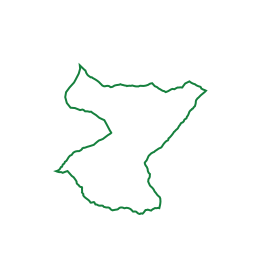 Chang, Thimphu, Bhutan (Mercator projection), rotated 134°
{"feature_id": "84629894B66092782557801", "entity_name": "Chang", "entity_type": "district", "adm_level": 2, "iso_a3": "BTN", "parent_name": "Bhutan", "parent_adm1": "Thimphu", "projection": "mercator", "projection_center": [89.678, 27.44], "detail": "fine", "context": "isolated", "style": "outline", "palette": "green", "viewbox_px": 256, "rotation_deg": 134, "n_neighbors": 0, "source": "geoboundaries", "source_scale": "gbopen_adm2", "svg_char_len": 5392}
<svg xmlns="http://www.w3.org/2000/svg" viewBox="0 0 256 256"><g transform="rotate(134 128 128)"><path d="M163.9,49.8L163.2,50.2L161.1,51.5L160.2,52.1L158.3,53.6L156.3,55.8L156.2,56.1L155.7,57.1L155.8,58.9L155.8,60.5L155.3,63.2L155.2,64.7L154.4,66.8L154.1,69.0L154.2,71.7L154.0,72.6L153.0,75.1L152.9,75.3L152.7,75.8L152.5,76.3L151.9,76.7L151.3,77.2L150.6,77.7L149.7,77.9L148.8,78.0L147.8,78.6L146.7,79.6L145.9,80.2L145.9,82.0L145.1,83.9L143.8,85.5L143.0,87.4L142.7,89.3L142.1,90.8L141.7,91.4L141.2,91.9L140.1,92.0L138.3,92.1L136.3,92.8L134.8,93.4L133.5,93.8L131.7,93.7L130.3,93.7L128.2,93.1L127.2,92.6L125.6,92.5L123.9,92.1L121.4,91.6L119.3,90.7L118.7,90.6L117.7,90.7L115.8,91.1L114.5,91.3L113.1,91.4L111.7,91.4L110.6,91.3L109.2,90.7L108.3,90.9L107.5,91.6L106.9,91.6L105.8,91.4L103.5,91.5L102.3,91.6L100.7,91.8L98.8,92.2L98.2,92.0L97.9,92.0L97.4,92.1L96.1,92.1L94.3,91.9L93.2,92.0L91.4,92.6L89.1,92.8L88.2,93.2L87.1,93.1L86.6,92.8L85.7,92.5L85.1,92.6L84.6,92.5L83.8,92.8L83.4,93.0L82.8,93.2L82.1,93.1L81.6,93.0L81.2,92.9L80.7,92.7L80.1,92.8L79.7,93.0L78.9,93.5L77.8,93.5L76.7,93.8L75.0,94.5L74.0,95.0L73.5,95.1L72.1,95.3L71.4,95.2L70.8,95.0L70.1,95.2L69.7,95.1L68.7,94.8L68.1,95.0L67.5,95.1L66.9,95.1L66.5,95.1L65.9,95.0L64.9,95.5L63.6,96.2L62.4,97.1L61.6,97.8L60.6,98.3L58.9,98.5L58.2,98.6L57.5,98.4L55.8,98.4L54.0,98.4L48.8,97.8L47.0,97.8L47.5,99.3L48.1,100.6L48.7,102.7L48.1,103.8L48.2,104.8L48.9,106.1L49.4,107.3L49.8,108.5L50.0,110.2L50.3,110.8L51.0,112.3L51.3,113.3L51.6,114.4L51.8,116.2L53.5,116.8L56.0,117.7L56.4,117.8L57.8,117.6L58.9,117.5L60.0,117.3L60.8,117.2L61.1,117.1L61.4,117.2L62.0,118.2L63.4,119.4L64.5,120.5L65.6,120.9L66.2,121.1L66.6,121.2L67.8,121.5L68.6,122.6L69.0,123.2L70.0,123.7L70.6,123.9L72.1,124.3L72.8,124.5L73.5,124.7L74.7,125.2L75.1,125.4L75.4,125.5L76.0,125.8L76.3,127.5L76.5,127.8L77.2,129.0L77.5,130.3L77.8,131.8L78.3,133.4L78.4,135.4L78.5,135.7L79.3,137.8L79.2,139.4L79.0,141.7L80.6,142.8L81.3,143.1L82.2,143.3L83.0,143.5L84.9,144.5L85.9,145.2L86.8,145.9L88.1,147.3L89.2,148.6L91.0,149.5L91.6,150.2L92.0,150.6L92.3,150.9L92.6,151.2L92.7,151.5L93.2,152.1L94.5,154.5L95.5,155.1L96.1,155.7L96.5,156.3L97.2,156.8L97.6,157.3L98.6,157.9L98.6,158.3L99.2,159.2L100.0,160.4L100.4,161.2L101.1,162.3L101.5,163.1L101.8,163.9L102.3,164.1L103.0,164.4L104.9,165.9L105.6,166.4L106.1,166.7L106.9,167.2L108.4,167.5L109.8,168.1L110.1,168.4L110.8,169.0L110.9,170.4L111.6,171.7L112.8,172.8L114.1,173.6L114.9,174.7L115.1,175.5L115.3,176.1L115.2,177.3L115.2,179.2L115.2,179.6L115.1,180.2L115.3,182.6L115.6,184.3L115.8,185.3L115.9,185.6L116.2,186.8L116.4,187.6L116.6,188.1L116.6,189.0L116.7,189.3L116.9,189.6L117.5,190.1L117.6,191.0L117.8,192.2L117.9,192.8L117.9,194.1L117.4,196.2L117.1,196.8L116.7,197.6L116.2,198.7L116.3,199.0L116.4,199.5L116.4,203.6L116.4,206.2L118.5,203.7L123.1,201.2L129.5,199.3L132.8,198.4L139.5,198.2L145.3,197.4L149.4,194.6L152.5,189.4L153.3,183.4L150.5,180.0L148.4,174.9L146.4,173.6L145.9,172.5L145.8,170.4L144.2,168.8L142.9,166.7L141.9,165.9L141.7,163.8L140.9,159.9L140.6,155.7L139.7,153.0L138.8,150.5L140.0,146.6L141.4,142.3L141.6,141.8L141.9,140.7L142.2,140.0L142.6,138.5L142.8,137.6L143.1,136.7L144.0,136.7L147.2,137.5L151.7,138.2L153.2,138.4L155.1,139.2L155.9,139.6L157.0,140.2L158.9,140.5L160.8,140.7L163.1,140.9L163.8,140.9L164.6,141.3L165.5,141.8L166.1,142.1L167.2,142.7L168.8,143.6L169.8,144.2L170.7,144.6L172.4,145.5L173.2,146.3L174.5,146.7L175.3,146.4L176.7,146.5L178.6,147.1L179.9,148.4L180.8,149.1L181.9,149.7L183.6,150.2L185.5,150.0L186.4,149.8L188.3,150.5L190.3,150.4L192.0,150.0L193.8,149.6L194.5,149.5L195.4,149.7L196.2,149.9L197.1,149.4L198.3,149.2L199.2,149.5L199.9,149.4L200.6,149.0L201.8,148.6L202.8,149.1L203.7,148.8L205.1,148.5L206.4,148.6L208.1,149.2L209.0,149.7L208.5,148.5L208.2,148.0L207.9,147.5L207.7,147.1L207.5,146.8L206.9,146.2L206.4,145.7L206.1,145.3L205.9,144.8L205.8,144.4L205.7,144.0L205.5,143.8L205.1,143.6L204.4,143.3L203.7,143.0L202.9,142.6L202.1,142.2L201.0,141.6L201.0,141.1L201.1,140.5L201.1,139.9L201.2,139.3L201.2,138.7L201.3,138.2L201.3,137.6L201.4,137.0L201.4,136.4L201.5,135.8L201.5,135.2L201.5,134.8L201.4,134.2L201.3,133.7L201.2,132.9L201.3,132.3L201.4,131.7L201.5,131.1L201.6,130.6L201.7,130.1L201.8,129.6L201.9,129.0L202.1,128.4L202.2,127.9L202.6,127.4L203.0,127.0L203.4,126.4L203.5,125.8L203.5,125.4L203.5,124.9L203.4,124.3L203.4,123.9L203.4,123.4L203.6,122.7L203.7,122.3L203.5,121.8L203.3,121.1L202.6,120.2L203.0,119.3L203.7,118.9L205.4,117.0L206.3,116.4L206.6,114.2L207.6,113.3L207.8,112.2L207.8,110.4L207.3,106.5L207.3,104.9L207.7,103.1L207.4,102.7L205.0,101.1L204.9,100.4L205.3,99.5L205.6,98.3L204.8,97.4L204.4,96.0L204.1,95.2L203.3,94.1L202.6,93.6L201.5,92.3L201.4,92.0L201.5,91.4L201.5,90.6L200.6,89.0L200.3,88.5L198.9,87.0L198.3,85.7L198.5,84.2L198.4,83.3L198.0,82.0L195.7,80.4L194.0,79.1L193.3,78.8L192.3,78.8L190.8,78.4L190.0,77.8L189.2,76.9L188.6,75.8L188.3,74.9L187.3,74.2L186.6,73.8L186.2,73.3L185.6,72.5L185.1,71.5L184.8,70.6L184.5,69.7L184.6,69.1L184.5,68.1L184.7,66.5L184.1,65.7L183.5,65.3L183.0,64.7L182.6,64.1L182.5,63.5L182.5,61.8L182.1,60.6L181.9,60.1L181.5,59.7L180.5,59.4L180.0,58.8L179.7,58.3L179.5,58.0L178.6,58.0L177.5,58.0L176.6,58.2L176.0,58.2L174.9,58.4L174.3,58.0L173.9,57.5L173.0,57.1L172.4,55.9L171.7,54.6L171.3,54.0L170.6,54.0L169.0,53.7L168.3,53.4L167.1,53.1L166.6,52.7L166.2,52.1L165.5,51.5L164.5,50.8L163.9,49.8Z" fill="none" stroke="#15803d" stroke-width="2"/></g></svg>